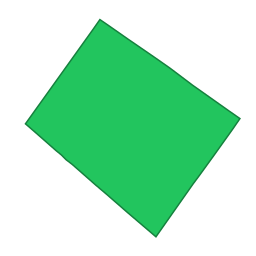 outline of Itawamba, Mississippi, United States of America, rotated 125°
{"feature_id": "52423323B2646485621413", "entity_name": "Itawamba", "entity_type": "district", "adm_level": 2, "iso_a3": "USA", "parent_name": "United States of America", "parent_adm1": "Mississippi", "projection": "orthographic", "projection_center": [-88.339, 34.276], "detail": "fine", "context": "isolated", "style": "filled", "palette": "green", "viewbox_px": 256, "rotation_deg": 125, "n_neighbors": 0, "source": "geoboundaries", "source_scale": "gbopen_adm2", "svg_char_len": 474}
<svg xmlns="http://www.w3.org/2000/svg" viewBox="0 0 256 256"><g transform="rotate(125 128 128)"><path d="M136.1,42.6L125.8,42.3L100.4,41.9L69.3,41.6L56.1,41.7L56.1,56.6L55.9,99.7L54.9,127.7L54.9,147.1L55.2,179.7L55.2,199.8L55.3,213.2L67.5,213.2L183.4,214.4L184.8,201.0L187.8,173.9L188.3,167.1L189.5,160.5L189.8,153.1L193.4,120.6L193.4,119.9L193.8,116.1L194.6,107.5L197.5,80.2L197.6,79.2L201.1,42.7L136.1,42.6Z" fill="#22c55e" stroke="#15803d" stroke-width="1.5"/></g></svg>